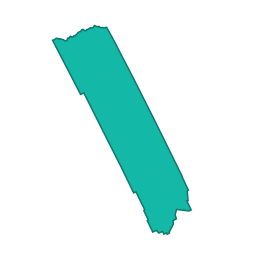 Riverside, California, United States of America (Albers equal-area conic projection), rotated 243°
{"feature_id": "52423323B62695195222235", "entity_name": "Riverside", "entity_type": "district", "adm_level": 2, "iso_a3": "USA", "parent_name": "United States of America", "parent_adm1": "California", "projection": "albers", "projection_center": [-115.203, 33.753], "detail": "fine", "context": "isolated", "style": "filled", "palette": "teal", "viewbox_px": 256, "rotation_deg": 243, "n_neighbors": 0, "source": "geoboundaries", "source_scale": "gbopen_adm2", "svg_char_len": 2546}
<svg xmlns="http://www.w3.org/2000/svg" viewBox="0 0 256 256"><g transform="rotate(243 128 128)"><path d="M240.4,100.6L185.6,101.0L179.4,101.0L179.4,104.6L153.3,104.4L133.1,104.3L111.2,104.2L96.5,104.2L82.1,103.9L67.6,103.6L67.5,106.1L55.4,105.9L54.2,105.9L47.9,105.8L47.0,104.5L43.9,104.5L37.0,104.3L36.9,104.3L36.7,103.1L26.4,102.9L24.0,102.8L24.0,104.0L23.9,106.6L20.3,107.9L20.1,111.8L17.1,111.8L17.0,114.8L15.5,114.7L15.7,116.2L15.6,116.4L15.6,117.3L16.5,117.4L21.9,124.9L22.7,125.3L24.6,125.8L25.0,125.9L25.1,129.9L29.2,130.5L33.4,134.3L30.2,139.0L26.4,144.7L26.4,147.1L36.5,147.3L36.0,148.5L39.4,149.9L43.8,151.7L44.4,151.9L44.9,152.2L45.2,153.6L52.0,153.7L55.6,153.9L59.6,154.0L59.7,154.3L71.6,154.5L71.9,154.5L74.2,154.5L123.7,155.2L125.7,155.2L168.8,155.4L213.2,155.1L227.4,154.7L227.8,153.6L227.7,153.0L227.7,152.8L228.4,151.6L228.8,151.3L229.2,150.7L229.3,150.5L229.5,150.0L229.9,149.2L230.1,149.0L230.6,148.6L231.1,148.5L231.4,148.4L232.0,147.8L232.0,147.6L232.0,147.1L232.1,146.6L233.3,145.6L234.5,144.8L234.5,144.7L234.4,144.3L233.7,143.4L233.4,142.4L233.4,141.5L234.2,140.2L234.3,140.0L234.5,139.8L234.5,139.6L234.4,139.4L234.3,139.2L234.1,138.9L234.1,138.5L234.2,138.3L234.3,138.0L234.3,137.6L234.2,137.3L234.2,137.1L234.1,136.8L234.1,136.6L234.2,136.3L234.3,136.1L234.4,135.9L234.4,135.6L234.3,135.4L234.2,135.3L234.1,135.1L234.0,134.8L234.0,134.5L234.0,134.2L234.2,133.9L234.5,133.6L234.8,133.4L235.3,133.1L235.8,133.0L236.4,132.7L236.5,131.7L236.5,131.2L236.4,130.8L236.1,130.6L236.0,130.4L235.8,130.1L235.7,129.9L235.4,129.7L235.6,128.9L235.7,128.5L235.8,128.1L235.8,127.7L235.8,127.4L235.6,126.7L234.9,125.0L234.7,124.1L234.1,122.8L234.2,122.7L234.5,122.5L234.6,122.2L234.7,121.9L234.7,121.7L234.4,121.1L234.3,120.8L234.0,120.0L234.0,119.7L234.2,119.3L234.4,119.2L234.9,119.2L235.0,119.1L235.7,118.7L235.8,118.5L235.8,118.4L235.8,117.8L235.7,117.6L235.2,117.1L234.9,116.9L234.8,116.7L234.7,116.4L234.8,116.1L235.1,115.9L235.3,115.8L235.4,115.6L235.5,115.5L235.5,115.4L235.4,115.2L235.2,114.8L234.7,114.2L234.3,113.8L234.1,113.7L233.7,113.5L233.6,113.3L233.6,112.8L234.0,111.7L234.5,111.0L234.9,110.8L235.2,110.9L235.3,110.9L236.0,110.5L236.3,110.1L237.0,109.4L237.2,109.2L237.3,108.9L237.7,108.6L238.0,108.3L238.2,107.9L238.3,107.8L238.6,107.8L238.7,107.7L238.7,107.4L238.6,106.9L238.5,106.7L238.8,106.4L239.1,106.4L239.4,106.2L239.9,105.9L240.1,105.7L240.2,105.4L240.4,104.9L240.5,104.1L240.4,103.7L240.2,103.1L240.1,102.8L240.1,102.4L240.3,101.3L240.4,100.6Z" fill="#14b8a6" stroke="#0f766e" stroke-width="1.5"/></g></svg>